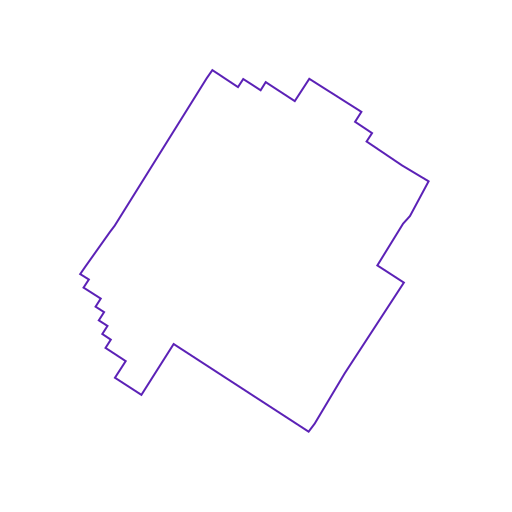 outline of Wayne, Missouri, United States of America, rotated 122°
{"feature_id": "52423323B35235503549305", "entity_name": "Wayne", "entity_type": "district", "adm_level": 2, "iso_a3": "USA", "parent_name": "United States of America", "parent_adm1": "Missouri", "projection": "equal_earth", "projection_center": [-90.442, 37.12], "detail": "fine", "context": "isolated", "style": "outline", "palette": "violet", "viewbox_px": 512, "rotation_deg": 122, "n_neighbors": 0, "source": "geoboundaries", "source_scale": "gbopen_adm2", "svg_char_len": 654}
<svg xmlns="http://www.w3.org/2000/svg" viewBox="0 0 512 512"><g transform="rotate(122 256 256)"><path d="M377.1,118.3L367.1,117.4L308.6,118.6L200.2,116.5L199.7,148.1L150.6,148.4L140.5,146.6L101.2,149.2L101.8,180.1L100.3,222.9L90.3,222.7L89.7,243.1L77.9,243.0L77.5,304.7L104.1,305.2L103.4,339.9L113.0,339.9L112.8,350.0L112.7,360.6L122.3,360.8L121.5,391.5L131.3,392.0L305.3,391.9L312.8,392.6L355.5,395.1L364.5,395.5L364.5,385.3L374.2,385.5L374.4,365.1L384.0,365.2L384.1,355.1L393.9,355.2L394.0,344.9L403.6,345.0L403.9,334.8L413.7,334.9L414.2,310.8L434.0,311.1L434.5,279.6L374.3,279.2L377.1,118.3Z" fill="none" stroke="#5b21b6" stroke-width="2"/></g></svg>